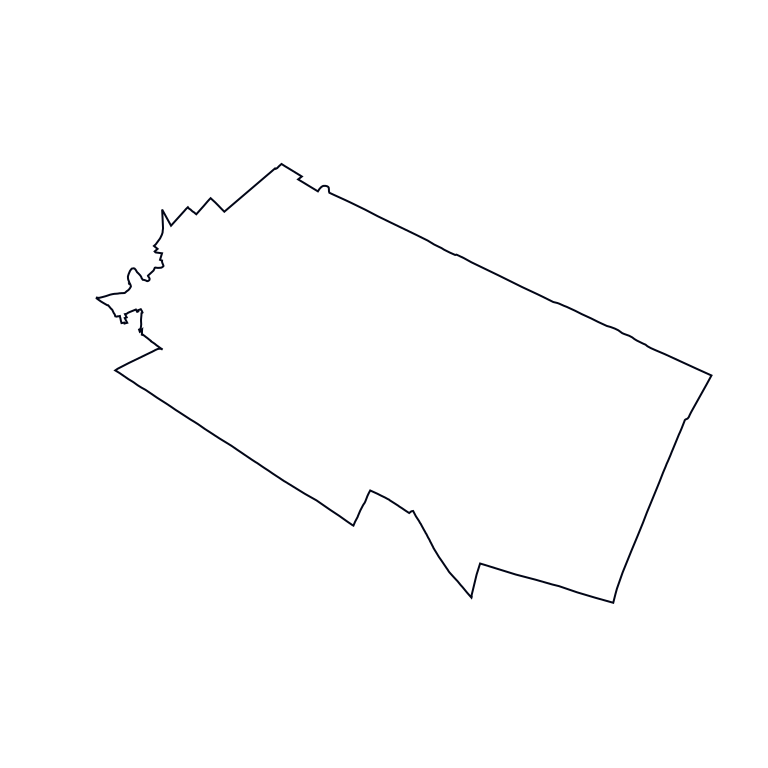 outline of Cuza Voda, Galati, Romania, rotated 23°
{"feature_id": "2599482B54089289556757", "entity_name": "Cuza Voda", "entity_type": "district", "adm_level": 2, "iso_a3": "ROU", "parent_name": "Romania", "parent_adm1": "Galati", "projection": "equal_earth", "projection_center": [27.809, 45.588], "detail": "fine", "context": "isolated", "style": "outline", "palette": "ink", "viewbox_px": 768, "rotation_deg": 23, "n_neighbors": 0, "source": "geoboundaries", "source_scale": "gbopen_adm2", "svg_char_len": 6149}
<svg xmlns="http://www.w3.org/2000/svg" viewBox="0 0 768 768"><g transform="rotate(23 384 384)"><path d="M111.6,310.1L115.4,317.9L117.5,322.3L119.8,327.1L120.3,329.0L121.0,331.1L121.2,333.4L121.0,337.5L119.3,344.7L118.3,346.8L122.8,348.1L121.1,351.6L122.2,352.1L122.5,352.1L128.6,350.4L129.3,357.2L131.1,357.2L131.5,357.1L131.8,358.0L132.5,359.0L133.8,360.3L134.7,361.2L134.9,361.8L134.4,362.8L133.7,363.8L132.7,364.4L131.7,364.9L130.2,365.6L128.3,366.1L128.0,366.2L127.6,366.6L127.6,368.5L127.5,369.7L124.4,376.5L124.6,376.7L124.8,377.0L125.5,377.4L126.3,377.9L127.0,378.5L127.3,379.2L127.4,379.8L127.3,380.3L127.1,380.6L126.7,381.2L126.3,381.6L125.9,381.8L125.5,381.9L125.3,381.8L125.0,381.8L124.7,381.8L124.1,381.8L122.8,381.9L121.2,382.3L119.6,381.3L118.7,380.3L117.7,379.6L117.2,379.3L115.7,378.6L114.5,378.1L114.0,377.9L113.1,377.6L111.6,376.5L110.8,375.9L109.3,375.2L108.4,375.3L106.7,376.4L106.2,378.2L106.0,379.2L106.0,380.0L106.0,382.7L106.2,384.5L106.2,384.9L106.7,386.0L106.9,386.5L107.8,387.9L108.7,388.8L109.2,389.3L110.1,390.3L110.4,390.7L110.0,391.0L110.4,391.4L111.0,391.0L111.7,391.6L112.5,392.5L112.9,393.1L112.9,393.8L112.8,394.1L112.7,395.2L112.2,397.0L111.5,398.3L111.0,399.0L110.3,400.5L109.9,401.3L109.5,401.7L109.2,401.8L108.3,402.3L107.1,402.8L106.4,403.2L105.0,403.9L103.8,404.7L102.3,405.5L100.5,406.4L98.8,407.5L97.0,408.8L95.8,409.9L93.4,412.0L90.2,414.5L89.2,415.2L88.0,416.1L85.9,416.7L86.0,417.5L91.5,418.7L94.4,419.1L96.8,419.4L97.6,419.5L98.6,419.6L99.2,419.3L99.9,419.6L102.1,420.7L103.4,421.4L103.7,421.4L105.0,422.0L106.1,423.0L107.2,424.0L107.7,424.4L108.2,424.7L108.7,425.0L109.0,425.2L109.3,425.6L109.5,425.8L110.2,426.7L111.7,426.4L112.3,425.8L113.2,425.4L114.3,424.6L114.9,425.5L115.9,426.8L117.1,428.6L118.6,430.5L120.9,429.0L121.5,429.7L123.7,428.0L119.6,424.6L121.1,423.2L118.3,420.9L119.3,420.2L120.0,419.5L120.6,418.4L122.0,416.9L124.3,414.6L126.5,412.4L128.6,414.0L129.4,413.2L128.6,412.4L130.9,410.2L132.7,411.5L133.3,412.1L133.8,412.6L133.6,413.0L133.1,413.6L133.4,414.3L133.9,415.7L134.8,418.5L135.3,420.0L135.5,420.4L135.7,420.8L135.8,421.1L136.7,422.9L137.3,424.2L137.5,424.9L137.6,425.2L137.9,426.1L138.0,426.8L138.4,428.1L138.3,428.3L137.8,429.0L137.3,429.6L137.5,429.8L138.4,430.9L138.9,431.4L139.1,431.1L139.5,430.6L139.7,429.6L140.1,428.5L140.5,429.7L141.0,430.9L141.9,433.4L141.9,434.1L142.3,432.7L146.0,433.6L146.5,433.8L147.1,433.9L148.3,434.2L150.7,434.9L152.6,435.4L152.7,435.7L154.3,436.0L155.5,436.2L157.4,436.6L159.0,437.1L160.2,437.4L161.6,437.7L162.3,437.9L163.3,438.1L164.5,438.4L165.1,438.5L165.6,438.5L166.7,438.8L165.6,438.8L164.9,438.8L164.5,438.8L164.2,439.0L163.7,439.2L163.2,439.4L161.9,440.3L161.1,441.2L160.2,442.1L159.8,442.7L158.7,444.0L158.0,444.9L156.9,446.1L140.8,464.5L132.9,474.0L131.3,476.5L136.1,477.2L146.9,479.4L151.8,480.1L153.4,480.4L156.8,481.2L158.3,481.5L162.2,482.1L166.2,482.5L166.9,482.6L180.6,485.3L183.0,485.7L184.7,486.0L186.6,486.3L189.0,486.7L191.4,487.1L197.7,488.3L202.0,489.2L203.1,489.4L205.6,489.8L207.3,490.1L211.8,490.9L219.7,492.3L224.0,492.9L228.3,493.6L236.7,495.4L246.0,497.0L248.6,497.5L251.1,497.9L253.2,498.3L257.8,499.0L261.9,499.6L267.8,500.5L275.1,502.0L279.8,502.9L283.2,503.6L291.9,505.3L296.4,506.1L298.1,506.3L303.9,507.5L307.0,508.1L311.6,508.9L316.4,509.9L330.4,512.5L330.9,512.5L354.0,516.0L367.3,517.5L383.7,520.9L394.5,522.9L402.2,524.6L404.5,525.1L410.0,526.2L411.2,526.3L411.2,522.1L411.7,516.4L411.6,516.0L411.6,515.0L411.6,514.2L411.6,513.8L411.6,512.9L411.6,509.8L412.1,503.5L412.3,502.4L412.6,501.1L412.7,499.5L412.6,496.4L412.6,496.0L412.5,493.8L412.6,490.9L412.9,487.4L420.9,487.6L425.0,487.9L429.4,488.1L432.1,488.4L434.0,488.5L434.6,488.8L434.8,488.8L435.3,488.9L440.8,489.8L444.8,490.5L445.9,490.8L449.0,491.3L452.9,492.1L456.8,492.8L457.3,492.8L457.6,492.9L458.1,492.0L458.8,490.7L459.1,490.4L459.8,489.9L460.4,489.5L460.8,489.8L461.4,490.3L464.8,493.1L465.5,493.6L467.6,495.0L470.0,496.6L471.3,497.7L472.5,498.4L473.8,499.5L477.7,502.6L479.7,504.1L480.6,504.9L481.7,505.6L484.7,508.2L485.6,508.8L487.1,510.0L487.9,510.8L489.8,512.3L490.7,513.1L492.9,514.9L493.7,515.7L494.2,516.0L495.5,517.0L497.1,518.1L502.2,521.8L506.7,524.6L513.3,528.9L515.1,530.0L516.9,531.3L518.2,532.0L523.6,534.5L527.4,536.2L528.6,536.7L533.1,539.1L535.5,540.2L537.8,541.4L539.7,542.4L541.8,543.5L548.0,546.5L547.9,545.5L547.2,544.4L546.3,538.8L543.7,523.2L542.6,511.7L547.0,511.2L579.7,507.9L600.1,504.9L617.2,502.8L624.0,501.7L643.3,500.3L661.9,498.2L680.5,495.8L679.1,486.7L678.4,481.5L677.3,464.2L676.9,440.5L676.8,424.8L676.6,410.4L676.2,399.5L676.1,389.0L675.9,372.5L675.8,366.1L675.5,356.4L675.5,353.3L675.5,353.1L675.5,352.5L675.5,349.9L675.4,347.0L675.5,344.0L675.5,337.4L675.4,334.2L675.4,331.1L675.3,321.9L675.2,315.0L675.3,313.0L675.3,308.6L675.1,300.9L675.0,300.0L675.2,299.2L675.6,298.6L676.3,298.0L676.6,297.6L677.0,297.1L677.5,295.3L677.5,294.3L677.5,293.2L677.7,290.0L678.1,286.2L681.1,258.4L682.1,248.2L665.0,247.8L658.2,247.6L647.7,247.3L630.8,246.8L620.9,246.8L615.5,246.7L611.7,246.3L609.4,245.6L606.9,245.6L599.8,245.2L597.0,244.8L594.3,244.1L590.8,243.8L585.7,244.1L583.4,244.1L578.7,243.0L574.8,242.8L570.2,243.0L566.5,243.5L556.9,243.2L549.1,242.7L538.7,242.4L531.3,241.9L522.1,241.6L519.3,241.7L513.8,241.6L511.9,241.7L507.8,242.4L496.3,241.7L490.1,241.4L473.3,240.8L447.8,239.3L416.9,237.8L408.2,236.9L400.2,236.6L399.1,237.4L393.2,237.3L386.8,236.9L383.8,236.4L381.2,236.3L375.6,236.0L368.2,234.9L354.8,234.1L327.8,232.8L312.5,232.0L298.9,230.9L285.5,230.2L281.4,230.0L276.1,229.8L268.5,229.6L264.5,229.5L259.0,229.3L258.1,228.2L257.2,226.3L256.5,225.0L255.7,224.4L254.5,224.2L253.0,224.4L251.7,224.9L250.7,225.4L250.1,226.0L249.3,227.2L248.4,229.6L247.9,232.5L225.0,229.2L227.3,225.1L211.3,222.7L207.7,222.2L204.8,221.7L203.7,221.5L202.4,224.2L201.3,227.0L200.2,228.3L199.5,228.1L169.7,287.8L165.8,286.2L161.6,284.4L157.7,282.8L154.3,281.6L151.8,280.7L151.2,282.2L150.2,285.1L148.5,290.5L144.9,301.1L143.8,300.8L142.0,300.2L140.5,300.0L139.0,299.5L137.7,299.0L136.2,298.8L135.4,298.5L134.4,297.9L133.4,300.2L132.5,303.0L126.1,321.5L111.6,310.1Z" fill="none" stroke="#020617" stroke-width="2"/></g></svg>